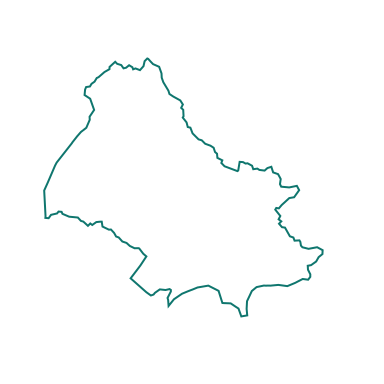 outline of Naguabo, Puerto Rico, rotated 16°
{"feature_id": "32010507B83389329504851", "entity_name": "Naguabo", "entity_type": "district", "adm_level": 2, "iso_a3": "PRI", "parent_name": "Puerto Rico", "parent_adm1": "", "projection": "robinson", "projection_center": [-65.745, 18.235], "detail": "fine", "context": "isolated", "style": "outline", "palette": "teal", "viewbox_px": 384, "rotation_deg": 16, "n_neighbors": 0, "source": "geoboundaries", "source_scale": "gbopen_adm2", "svg_char_len": 2573}
<svg xmlns="http://www.w3.org/2000/svg" viewBox="0 0 384 384"><g transform="rotate(16 192 192)"><path d="M155.5,107.2L147.7,105.4L143.3,104.0L141.4,101.1L134.2,94.4L131.4,90.5L130.0,86.4L125.9,80.7L119.3,79.8L116.4,78.1L113.2,76.1L112.2,76.0L110.4,79.3L110.7,84.4L108.4,89.2L103.6,88.8L101.6,90.3L100.3,88.5L96.6,87.5L94.4,90.7L92.1,92.0L89.0,89.5L84.7,89.4L82.3,88.0L78.3,94.5L78.8,96.7L74.8,100.8L70.5,107.4L69.0,108.7L67.9,112.8L65.6,115.7L64.8,118.7L61.3,120.3L61.0,123.0L62.0,128.4L68.4,130.4L75.3,140.1L72.8,147.9L73.8,150.8L72.7,159.4L68.7,164.9L66.3,170.0L63.4,177.1L63.0,178.4L53.8,201.0L53.1,204.3L50.7,223.1L49.5,231.3L57.9,255.7L58.2,257.3L61.4,256.7L62.8,252.8L68.2,249.8L69.1,247.6L72.1,247.0L73.5,248.7L80.7,249.6L89.3,248.0L93.2,250.4L95.7,250.4L101.3,253.2L102.9,250.3L105.2,251.2L108.3,247.3L112.0,245.8L113.4,245.4L115.5,249.9L122.5,251.1L124.4,250.4L128.4,252.8L131.3,255.7L134.1,255.9L138.7,258.8L143.1,259.0L147.1,261.0L152.3,261.9L155.8,260.8L156.8,260.8L162.2,264.8L165.9,266.5L162.6,277.0L156.8,291.9L175.7,300.9L181.0,302.8L183.3,301.2L184.2,299.1L187.9,294.5L193.6,293.5L197.2,291.5L198.7,292.0L199.1,293.5L197.7,300.6L198.8,302.3L200.9,308.0L204.2,300.1L210.5,292.5L215.4,288.6L218.7,286.1L218.9,286.0L223.7,282.2L224.8,281.7L233.5,277.5L237.1,278.2L242.8,279.3L244.8,279.7L247.1,283.2L251.8,290.3L253.3,290.0L257.8,288.9L259.9,288.4L265.8,290.3L268.8,291.2L270.1,293.0L273.7,298.0L279.1,295.4L276.8,289.5L276.7,289.2L275.0,281.8L276.2,274.5L276.8,270.7L279.8,266.3L280.3,265.6L286.9,262.1L288.3,261.8L289.5,261.5L289.8,261.3L293.2,260.4L300.6,257.5L309.6,256.2L316.0,251.1L322.4,245.1L326.4,244.5L327.8,244.3L329.1,241.0L328.4,238.5L324.9,234.7L323.6,231.0L326.6,229.5L330.5,224.6L331.7,219.7L334.5,215.7L333.6,211.9L327.5,210.6L319.7,214.5L313.4,214.7L311.5,213.5L309.9,210.1L308.6,208.9L304.0,210.5L302.0,207.8L298.3,207.6L291.2,200.6L288.2,201.0L284.4,198.5L285.9,195.6L282.8,194.4L283.5,190.7L276.9,186.0L277.4,184.1L280.0,183.8L281.8,179.8L287.2,171.0L291.6,168.9L294.5,160.7L291.1,157.2L284.2,160.8L276.3,162.3L274.4,160.2L273.7,155.1L272.2,153.5L269.8,151.1L264.6,150.8L261.3,145.9L257.9,148.2L255.9,151.4L250.7,152.2L248.4,151.5L244.6,153.2L242.5,150.2L237.5,149.1L235.6,149.9L232.8,149.2L229.5,149.9L230.5,158.6L229.9,159.4L216.2,158.3L212.2,156.0L212.4,153.2L207.0,152.2L205.5,148.3L203.1,147.2L200.6,143.5L197.0,142.4L191.4,142.0L187.1,139.6L183.8,139.6L176.4,135.5L172.7,130.6L170.0,130.7L167.6,126.6L162.6,123.0L163.0,121.5L160.9,115.4L158.4,114.1L159.1,110.4L155.5,107.2Z" fill="none" stroke="#0f766e" stroke-width="2"/></g></svg>